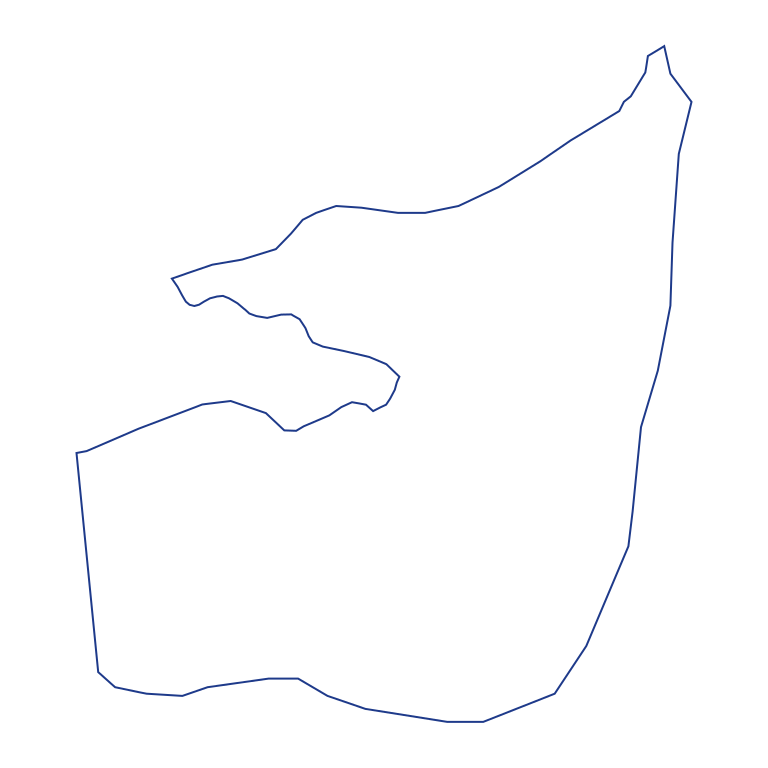 Morne Citon, Dauphin, Saint Lucia
{"feature_id": "8701671B41674368745419", "entity_name": "Morne Citon", "entity_type": "district", "adm_level": 2, "iso_a3": "LCA", "parent_name": "Saint Lucia", "parent_adm1": "Dauphin", "projection": "mercator", "projection_center": [-60.929, 14.031], "detail": "fine", "context": "isolated", "style": "outline", "palette": "blue", "viewbox_px": 768, "rotation_deg": 0, "n_neighbors": 0, "source": "geoboundaries", "source_scale": "gbopen_adm2", "svg_char_len": 1710}
<svg xmlns="http://www.w3.org/2000/svg" viewBox="0 0 768 768"><path d="M616.8,573.7L628.4,546.3L632.6,511.6L641.0,427.1L657.8,370.7L670.4,305.7L672.5,242.8L678.8,153.9L691.5,101.9L670.4,73.7L664.2,46.1L661.2,48.0L647.9,56.0L646.1,67.8L645.3,72.5L643.2,75.9L630.8,96.3L623.9,101.8L619.3,111.0L596.5,124.8L570.7,140.4L549.4,155.0L540.6,161.1L498.7,187.0L458.5,206.0L434.0,211.0L425.0,212.9L398.2,212.9L361.4,207.7L336.2,206.0L324.4,210.0L316.1,212.9L302.7,219.8L299.0,224.2L291.0,233.6L275.9,249.1L246.8,258.1L242.4,259.5L240.3,259.9L212.3,264.7L191.5,271.8L187.1,273.3L183.8,274.5L171.9,278.6L175.3,283.5L177.7,287.0L180.4,292.1L182.0,295.1L184.5,299.4L185.9,301.7L187.0,302.6L189.6,304.8L194.2,306.0L199.1,304.7L200.5,303.8L204.0,301.6L207.5,299.7L210.0,298.3L214.8,297.1L217.0,296.5L223.0,295.9L226.2,297.2L228.8,298.2L231.4,299.7L237.5,303.3L244.0,308.8L245.2,309.7L249.3,313.5L252.8,314.8L256.4,316.1L267.2,317.9L281.2,314.6L291.3,314.4L293.2,315.6L299.6,319.2L304.1,326.0L305.5,328.2L308.7,336.2L312.0,341.3L312.8,342.4L322.8,346.6L343.4,350.9L369.3,357.0L386.4,364.2L392.7,370.3L399.4,376.7L398.0,379.8L396.8,382.5L394.8,389.8L390.2,398.5L389.5,399.6L386.1,404.7L380.3,407.4L373.1,411.1L366.0,404.7L359.0,403.4L352.0,402.2L344.6,405.6L341.3,407.1L338.0,409.4L329.3,415.4L321.8,418.6L303.7,426.3L301.7,427.5L296.2,430.8L284.3,430.4L282.7,428.9L265.9,413.1L230.7,401.0L206.0,404.0L202.2,404.5L196.3,406.8L138.6,428.7L88.7,450.2L86.6,451.1L79.7,452.4L76.5,453.0L98.2,672.1L110.7,683.3L115.1,687.2L139.0,692.2L146.6,693.7L182.4,695.9L207.6,687.2L268.6,678.6L298.1,678.6L327.5,695.9L365.4,708.9L447.4,721.9L483.2,721.9L554.7,693.7L586.3,646.0L616.8,573.7Z" fill="none" stroke="#1e3a8a" stroke-width="2"/></svg>